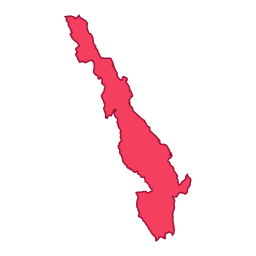 SVG path tracing the border of Kayin
{"feature_id": "MMR-3266", "entity_name": "Kayin", "entity_type": "State", "adm_level": 1, "iso_a3": "MMR", "parent_name": "Myanmar", "parent_adm1": "", "projection": "albers", "projection_center": [97.58, 17.357], "detail": "fine", "context": "isolated", "style": "filled", "palette": "rose", "viewbox_px": 256, "rotation_deg": 0, "n_neighbors": 0, "source": "natural_earth", "source_scale": "10m", "svg_char_len": 5825}
<svg xmlns="http://www.w3.org/2000/svg" viewBox="0 0 256 256"><path d="M113.6,65.3L112.5,65.2L112.8,65.8L113.9,66.8L114.4,67.8L114.6,68.6L115.8,71.0L117.1,73.0L117.2,75.4L117.5,76.7L118.2,77.8L119.2,78.8L121.3,80.3L121.8,79.9L122.0,79.5L122.9,76.9L123.6,76.7L126.8,78.1L127.1,78.9L127.1,79.8L126.7,80.7L125.9,81.0L125.8,81.5L126.4,82.6L129.1,86.5L129.3,87.9L129.7,88.9L129.9,89.5L129.5,90.5L129.6,91.0L130.0,91.0L130.9,91.4L131.9,94.1L132.3,94.6L132.6,95.9L132.3,96.3L130.9,97.2L129.2,100.5L129.9,103.0L128.7,103.2L129.1,103.9L130.2,105.0L130.8,106.4L132.0,107.4L132.4,107.9L132.6,109.7L132.9,110.5L133.4,111.1L141.7,118.9L144.1,120.3L144.6,120.8L144.8,121.6L145.9,123.3L146.8,125.5L147.5,126.2L149.5,127.2L149.8,128.0L149.6,129.7L149.7,130.4L154.4,135.0L156.1,136.3L157.9,138.9L159.1,139.6L158.7,140.1L158.4,140.7L158.5,141.2L159.8,141.2L159.9,141.6L159.4,142.2L160.1,143.4L160.8,144.1L161.7,144.4L164.2,144.4L165.2,144.7L166.1,145.3L167.0,146.2L168.4,148.7L168.9,149.4L169.2,150.1L169.3,151.0L169.5,151.8L170.7,152.4L171.5,154.7L170.9,154.2L170.3,154.0L169.9,154.3L169.8,155.1L170.0,155.7L170.9,156.2L171.3,156.6L171.2,157.2L170.5,157.8L169.7,158.3L169.0,158.6L168.4,159.4L168.0,160.4L168.1,161.4L169.6,162.5L170.2,164.6L170.9,165.6L172.7,166.8L173.4,167.8L173.7,168.8L173.6,170.4L177.0,175.0L177.4,176.0L177.3,176.5L176.8,177.6L176.9,178.2L177.6,179.7L178.3,183.5L178.6,184.3L179.6,185.0L180.4,184.4L181.9,182.1L185.0,179.7L185.6,178.4L186.0,176.2L186.4,175.4L187.5,174.5L187.7,176.3L188.7,177.2L189.8,178.0L190.7,179.2L190.8,180.2L190.3,182.5L190.0,184.9L189.8,185.7L187.8,188.4L187.4,189.4L187.4,191.7L187.2,192.2L186.0,193.5L185.5,193.9L184.8,194.0L184.1,193.4L183.5,193.1L180.4,192.7L179.5,192.8L178.5,193.3L177.7,195.2L177.0,196.3L176.5,196.7L176.1,197.0L175.0,197.0L173.3,196.5L172.8,196.9L173.0,197.6L174.4,199.6L174.7,200.6L174.0,203.6L174.0,204.9L174.4,207.1L174.3,208.1L172.7,213.4L172.6,214.6L172.9,217.4L172.8,220.4L174.0,228.3L174.1,230.9L173.7,233.4L172.3,234.9L172.2,233.8L171.4,233.0L169.3,231.9L167.6,232.8L165.7,233.2L165.4,233.4L165.4,233.8L165.6,234.7L165.5,235.2L164.7,235.8L164.4,236.5L165.2,237.1L165.3,237.4L165.2,238.5L164.8,238.6L164.1,238.3L162.3,237.3L161.4,236.9L160.2,236.7L159.6,236.9L157.8,239.5L157.1,240.2L156.2,240.6L155.8,240.6L155.9,239.0L155.8,238.4L154.9,236.3L153.1,235.0L151.7,233.2L150.1,230.2L149.1,229.3L147.4,225.8L146.0,224.2L145.1,222.5L142.8,220.3L142.6,218.9L142.4,218.5L141.6,218.1L140.4,217.1L138.9,216.7L138.6,216.2L138.5,215.5L138.8,214.6L139.4,213.9L139.4,213.4L139.0,212.6L138.8,211.4L138.3,210.6L138.3,209.4L137.1,207.2L136.8,205.0L136.8,204.0L137.1,203.2L137.0,201.3L137.4,200.4L137.5,199.3L138.1,198.3L138.3,197.5L138.2,197.2L137.7,196.4L137.3,195.0L136.1,193.0L136.2,192.5L138.4,192.2L141.2,192.2L143.3,191.6L145.4,191.5L145.8,191.6L147.0,192.4L149.0,193.0L149.1,192.9L149.8,192.0L151.8,191.0L152.1,190.5L152.0,189.4L150.4,187.9L149.9,187.1L149.4,186.7L149.4,185.6L149.0,184.6L148.3,184.1L147.1,182.6L145.9,182.1L145.4,181.7L145.2,181.2L145.0,179.3L144.4,177.1L144.1,177.0L143.2,177.4L141.9,177.3L141.0,176.9L140.8,176.5L140.4,175.4L140.1,175.0L139.5,174.6L138.4,174.2L138.0,173.9L137.5,172.6L137.7,171.4L137.3,171.2L135.3,172.1L134.3,172.3L132.0,170.1L131.4,169.4L130.6,169.0L130.1,169.4L130.0,168.2L129.7,167.9L128.7,168.1L128.0,168.0L127.7,167.8L126.8,166.7L126.9,166.0L126.7,165.4L125.6,164.9L124.6,163.8L122.8,161.3L122.5,159.3L122.5,157.9L121.7,156.9L121.6,155.4L120.6,154.5L119.7,152.9L119.8,152.1L119.7,151.1L119.8,149.8L118.5,147.9L118.3,146.2L118.4,145.5L119.1,145.4L119.5,144.8L119.6,144.4L119.2,143.5L119.2,143.0L120.0,142.6L120.4,141.6L120.9,141.3L121.5,140.3L120.3,137.1L120.9,136.3L121.0,135.8L120.1,132.7L120.1,132.4L121.0,131.4L120.9,131.0L120.3,129.6L119.7,129.0L119.0,127.5L118.5,126.9L118.0,125.0L117.8,123.9L117.1,122.4L117.8,119.2L117.7,118.8L117.2,118.3L116.2,117.8L115.5,117.1L114.1,113.6L114.1,113.1L114.4,112.0L114.6,111.7L115.7,110.9L116.0,110.5L115.9,109.7L115.7,109.5L115.4,109.6L115.2,110.0L114.3,109.7L113.7,109.9L113.6,110.3L113.7,111.3L112.8,112.1L112.1,113.3L111.8,114.7L111.2,115.8L109.6,115.3L109.1,115.3L108.3,116.3L107.4,116.9L107.3,118.1L107.1,118.2L106.5,118.2L105.5,117.4L105.7,114.2L104.1,109.9L103.7,108.0L104.7,106.5L104.9,105.5L105.0,103.7L104.8,103.3L104.0,102.8L103.8,102.4L103.7,101.1L101.5,96.5L101.4,96.0L101.4,95.6L101.6,95.0L102.6,93.8L103.2,92.6L103.6,92.1L104.2,90.8L104.4,88.8L105.2,87.1L105.1,86.2L102.7,84.3L101.9,83.3L102.0,80.5L101.4,78.2L101.0,77.7L100.7,77.5L100.1,77.7L99.3,79.0L99.0,79.0L98.5,78.8L98.1,78.2L98.2,77.1L98.1,76.7L97.9,76.4L97.0,75.4L95.3,74.6L94.5,73.6L93.8,72.3L93.5,71.1L94.0,69.7L94.0,68.6L94.4,66.8L94.4,65.8L94.1,64.6L94.1,63.2L93.7,62.3L92.8,61.6L92.5,60.5L91.9,60.2L91.5,60.2L89.1,60.9L86.0,62.5L85.6,62.6L83.5,62.0L82.0,61.3L81.4,61.4L80.1,62.3L79.5,62.1L79.0,60.7L78.1,59.7L77.2,57.2L75.8,54.7L75.9,53.8L77.2,52.3L77.1,51.6L75.9,49.7L75.8,49.0L76.0,48.5L76.4,48.0L79.0,46.2L79.3,45.6L79.0,45.1L78.5,44.7L77.7,43.1L76.2,41.7L74.6,40.6L72.7,38.7L71.4,36.7L70.9,35.0L70.5,34.9L70.3,33.9L72.1,32.3L72.1,32.0L72.0,31.7L71.4,31.4L71.1,31.1L70.2,28.4L69.5,27.5L69.0,26.2L68.4,25.5L68.3,25.2L68.5,23.3L68.4,22.8L68.3,22.4L67.1,21.4L66.4,20.4L66.3,19.9L66.5,18.7L66.5,18.3L65.2,16.6L70.5,16.1L71.5,16.3L72.5,16.7L74.4,17.2L74.6,17.5L74.4,18.3L74.8,18.7L76.9,17.7L77.8,16.7L78.3,16.2L78.9,15.4L79.9,16.9L80.4,18.0L81.3,18.2L82.4,18.7L86.2,21.3L87.5,23.8L87.1,24.7L86.9,27.8L87.0,28.4L88.0,30.8L88.3,32.4L88.4,32.7L89.4,33.3L90.4,33.7L91.7,35.3L92.3,36.9L92.9,37.9L92.8,38.6L93.0,39.9L93.3,41.0L93.3,42.2L93.8,43.9L94.2,44.6L95.6,46.2L95.8,46.7L95.5,47.7L95.6,48.1L96.6,48.9L97.7,50.6L97.8,51.7L100.7,57.3L101.1,57.9L101.3,57.9L102.3,57.8L103.8,58.2L105.6,58.3L110.0,58.2L110.8,58.5L111.2,59.2L111.6,60.3L112.3,61.4L113.6,65.3Z" fill="#f43f5e" stroke="#9f1239" stroke-width="1.5"/></svg>